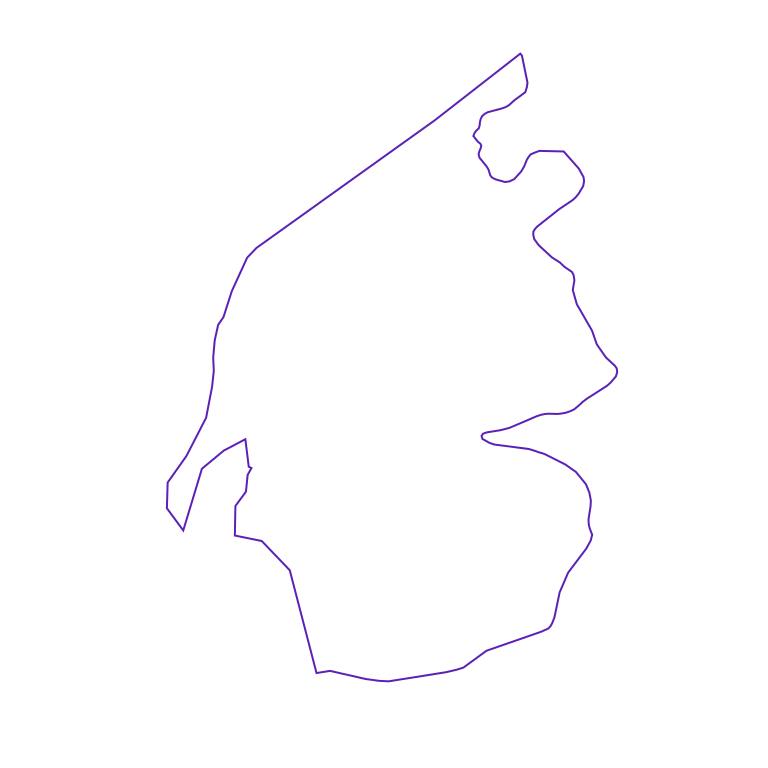 an SVG outline of Pattani, rotated 258°
{"feature_id": "THA-494", "entity_name": "Pattani", "entity_type": "Province", "adm_level": 1, "iso_a3": "THA", "parent_name": "Thailand", "parent_adm1": "", "projection": "equal_earth", "projection_center": [101.403, 6.749], "detail": "fine", "context": "isolated", "style": "outline", "palette": "violet", "viewbox_px": 768, "rotation_deg": 258, "n_neighbors": 0, "source": "natural_earth", "source_scale": "10m", "svg_char_len": 2020}
<svg xmlns="http://www.w3.org/2000/svg" viewBox="0 0 768 768"><g transform="rotate(258 384 384)"><path d="M115.3,257.9L221.4,253.1L255.8,231.8L266.8,206.6L295.6,213.3L307.4,226.6L323.4,231.7L329.4,236.9L331.2,234.5L358.8,236.9L352.2,213.5L339.0,188.3L282.5,157.2L307.6,145.8L332.6,151.9L354.8,175.9L388.0,203.0L417.4,215.4L432.4,220.3L445.3,222.4L461.9,227.5L476.4,234.1L482.7,240.8L506.4,254.4L536.0,276.4L543.6,287.5L631.4,488.5L678.8,586.0L676.5,587.2L649.0,587.0L644.9,585.6L640.1,582.9L634.2,570.1L630.8,564.3L629.6,560.8L629.0,556.4L628.3,542.1L627.2,538.4L625.4,535.4L622.8,533.5L620.0,532.2L617.0,531.3L614.3,529.8L612.6,526.8L610.4,524.5L607.9,523.0L601.3,526.3L599.1,528.2L596.8,528.7L594.5,527.6L592.0,525.8L589.1,524.3L585.7,524.4L575.2,529.7L572.1,530.8L566.0,531.3L563.7,532.5L562.3,534.0L560.9,535.8L556.4,544.4L556.1,548.8L557.3,554.0L563.3,562.3L567.5,566.2L573.7,570.4L576.0,572.6L578.1,575.1L579.1,580.2L579.7,584.5L574.1,608.1L554.3,619.3L544.9,622.2L540.9,621.9L536.2,620.0L529.6,613.9L526.5,609.9L524.5,606.4L518.7,591.9L506.2,566.7L504.3,564.0L502.0,561.8L498.6,561.0L494.5,561.1L487.7,564.1L473.0,574.5L466.3,581.3L461.2,584.8L454.4,591.2L451.1,592.1L445.8,591.8L436.7,588.2L421.9,589.2L392.9,598.6L378.5,600.4L363.8,606.6L353.7,613.7L350.8,614.9L347.2,614.6L343.2,612.4L338.5,606.3L335.9,601.8L327.7,580.0L325.2,574.6L322.8,570.7L319.7,564.8L318.9,561.6L318.5,559.4L318.1,555.8L318.2,551.6L318.6,547.5L320.7,538.9L321.2,535.1L321.2,530.8L320.7,526.6L315.0,497.5L314.6,488.2L315.3,474.5L314.8,470.6L312.9,468.6L309.8,468.9L304.5,474.9L301.9,479.2L290.2,512.4L286.7,518.6L285.0,521.2L283.5,524.2L281.8,526.9L267.4,544.8L258.0,553.5L244.0,560.7L235.1,562.3L227.0,562.1L221.4,560.6L208.8,555.8L204.0,555.1L199.9,555.2L193.2,556.3L187.9,553.6L181.1,547.8L161.2,524.9L143.7,512.5L120.3,502.2L115.0,498.7L112.7,496.7L110.7,494.0L109.0,486.2L101.8,428.8L90.1,402.7L89.4,395.3L89.2,384.7L92.2,326.8L94.6,317.7L99.3,304.6L114.6,271.6L115.3,257.9Z" fill="none" stroke="#5b21b6" stroke-width="2"/></g></svg>